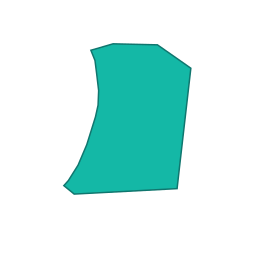 the district of 45, Ad Dawhah, Qatar, rotated 305°
{"feature_id": "91078587B95881702990633", "entity_name": "45", "entity_type": "district", "adm_level": 2, "iso_a3": "QAT", "parent_name": "Qatar", "parent_adm1": "Ad Dawhah", "projection": "natural_earth1", "projection_center": [51.549, 25.253], "detail": "fine", "context": "isolated", "style": "filled", "palette": "teal", "viewbox_px": 256, "rotation_deg": 305, "n_neighbors": 0, "source": "geoboundaries", "source_scale": "gbopen_adm2", "svg_char_len": 387}
<svg xmlns="http://www.w3.org/2000/svg" viewBox="0 0 256 256"><g transform="rotate(305 128 128)"><path d="M213.0,145.2L213.0,104.4L188.4,67.5L170.4,53.0L164.4,62.2L153.7,71.9L141.8,82.5L129.5,90.4L118.4,95.0L90.7,103.8L69.0,108.4L50.7,109.3L44.0,108.5L43.0,121.8L106.5,203.0L106.7,202.9L107.0,202.7L126.1,192.3L213.0,145.2Z" fill="#14b8a6" stroke="#0f766e" stroke-width="1.5"/></g></svg>